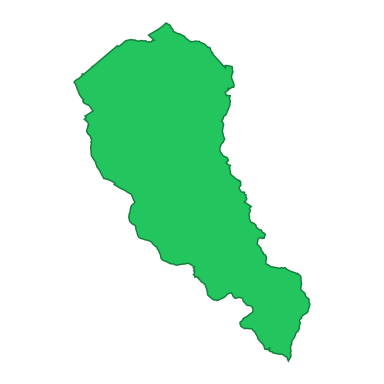 the district of Romos, Hunedoara, Romania
{"feature_id": "2599482B98815243536941", "entity_name": "Romos", "entity_type": "district", "adm_level": 2, "iso_a3": "ROU", "parent_name": "Romania", "parent_adm1": "Hunedoara", "projection": "robinson", "projection_center": [23.317, 45.815], "detail": "fine", "context": "isolated", "style": "filled", "palette": "green", "viewbox_px": 384, "rotation_deg": 0, "n_neighbors": 0, "source": "geoboundaries", "source_scale": "gbopen_adm2", "svg_char_len": 5949}
<svg xmlns="http://www.w3.org/2000/svg" viewBox="0 0 384 384"><path d="M135.5,226.0L136.1,229.9L137.0,232.2L137.5,234.4L138.6,237.0L139.5,237.8L141.2,238.6L142.8,238.8L144.5,239.6L148.8,240.6L151.7,242.1L152.3,243.4L154.8,245.8L156.8,247.2L157.2,247.8L157.2,248.8L158.6,250.4L159.2,251.6L159.3,252.7L159.9,253.5L160.4,254.6L161.0,258.1L161.6,259.0L163.1,260.4L166.4,261.6L170.2,263.6L173.4,264.0L176.3,265.2L182.7,264.1L185.8,263.8L187.2,263.1L190.3,264.1L191.4,265.1L194.3,266.7L193.3,267.6L193.5,268.0L194.1,268.2L194.1,268.8L194.5,269.6L194.6,270.4L194.0,270.3L193.7,270.8L194.3,271.3L194.6,272.3L194.4,272.7L194.4,273.9L194.1,274.2L193.4,274.4L193.4,274.5L194.5,275.7L194.9,277.2L195.4,277.2L196.1,276.7L196.8,277.0L197.3,276.8L198.0,277.2L198.6,277.6L198.2,278.1L198.3,278.6L199.4,279.4L201.4,281.9L202.9,282.7L204.4,284.1L204.9,284.3L206.9,289.6L207.0,291.0L207.5,292.1L207.4,293.8L207.8,294.9L208.5,295.7L212.4,299.1L214.1,300.0L215.6,300.0L217.2,300.6L224.2,297.3L225.2,296.6L227.3,294.2L230.4,292.9L231.2,293.1L231.7,293.5L232.6,294.8L233.0,296.1L235.1,298.3L239.3,297.4L241.8,298.0L242.3,298.4L242.9,299.1L242.9,300.1L243.6,301.7L245.7,303.5L246.1,304.5L247.3,305.3L250.5,305.8L251.3,306.1L252.4,307.6L253.1,310.0L252.8,311.6L252.4,312.3L251.2,313.3L249.4,314.4L247.2,316.3L243.8,318.1L241.5,321.2L240.0,322.3L240.0,323.5L240.7,325.9L241.9,327.0L244.4,328.5L247.4,328.4L252.2,329.0L253.2,330.6L255.3,332.4L255.6,333.7L257.1,335.9L258.2,339.2L263.5,344.9L265.0,349.3L265.8,349.1L266.3,349.4L267.7,349.5L268.5,348.6L269.9,347.8L270.0,348.1L269.0,350.4L270.0,351.5L270.8,351.3L271.6,351.8L272.3,351.9L273.2,353.0L279.6,354.2L281.5,354.1L284.2,355.4L284.9,356.1L287.2,357.4L287.6,359.2L288.4,361.0L290.1,358.0L290.8,356.6L290.9,355.1L290.5,352.5L291.0,350.7L290.4,346.9L291.6,344.3L292.0,340.5L293.8,338.4L294.6,337.1L295.5,334.3L296.2,332.8L297.9,331.2L299.1,329.2L299.3,327.8L299.4,325.4L300.2,323.6L300.2,322.9L299.4,320.8L299.6,319.8L300.2,319.1L301.4,318.5L301.5,316.8L302.7,315.5L306.7,313.0L307.8,311.8L308.7,308.4L309.8,304.9L309.7,303.6L308.9,302.2L309.1,299.5L308.3,298.4L307.0,297.8L306.2,297.0L305.6,296.1L304.8,293.1L301.9,290.8L300.9,289.5L300.6,288.6L300.7,287.9L301.6,283.8L301.1,281.4L300.9,277.0L300.3,275.8L297.6,273.5L297.3,274.0L295.7,273.0L290.6,271.3L287.0,269.4L285.2,267.6L283.9,267.8L283.1,268.2L282.4,268.1L281.6,267.6L279.6,268.2L278.5,268.2L275.1,267.4L271.5,266.8L269.3,265.8L267.9,264.6L265.8,263.8L265.8,261.3L266.3,259.7L266.5,258.0L266.0,256.3L265.2,254.8L263.6,254.3L263.1,252.7L260.8,249.4L261.0,248.5L260.7,247.8L259.6,246.8L258.9,245.8L257.6,244.7L257.2,243.8L257.3,242.8L257.7,241.5L257.7,240.3L258.4,238.7L259.4,238.0L260.3,237.7L262.7,238.5L263.8,238.2L264.2,238.0L264.3,236.9L265.3,234.8L264.6,233.5L262.1,231.9L261.2,230.1L258.7,229.3L256.8,227.6L256.1,226.7L256.0,225.5L255.7,224.8L253.1,222.9L251.2,222.4L250.5,221.7L250.0,220.1L249.5,219.0L249.4,216.0L248.7,214.6L249.1,213.2L249.7,212.5L249.9,211.4L250.5,210.4L249.5,208.8L249.5,208.4L251.2,206.5L246.3,203.2L244.3,202.2L244.3,201.9L245.8,200.8L246.8,198.7L245.9,197.4L245.8,196.8L246.1,195.0L245.1,194.7L244.5,194.1L244.6,192.4L243.8,192.0L243.1,192.3L242.3,192.2L241.4,191.7L240.2,190.4L239.0,187.8L239.0,187.5L240.6,185.6L240.7,182.3L240.1,181.5L239.5,181.3L239.9,181.0L238.5,180.3L238.6,180.2L236.9,179.7L236.3,178.9L234.7,178.0L234.0,177.0L232.2,175.7L230.5,174.1L230.6,172.5L229.9,170.2L229.9,168.2L229.4,168.1L229.7,166.8L230.4,165.3L229.4,165.1L229.2,165.3L228.1,164.8L227.2,163.5L226.3,163.4L226.1,163.1L226.1,162.8L226.6,162.0L228.1,160.8L227.8,160.5L228.4,160.1L228.4,159.9L227.5,158.7L227.4,158.0L227.1,157.6L224.5,156.5L222.8,155.5L220.0,150.9L219.8,147.5L220.6,146.1L221.1,144.4L223.2,142.1L224.7,138.8L223.6,136.7L222.4,131.2L223.0,126.9L223.7,124.6L222.9,122.6L222.2,121.6L221.4,121.1L223.2,118.7L223.2,117.9L224.1,116.0L225.5,115.2L226.4,113.8L229.8,105.5L230.2,100.3L229.5,98.4L229.4,97.5L230.0,96.8L230.2,95.6L226.5,95.5L225.2,92.4L228.5,89.9L228.8,89.3L227.8,88.9L228.2,88.1L229.9,88.7L232.0,87.1L233.6,87.4L234.1,85.9L233.8,83.8L231.7,78.3L231.5,76.7L232.1,73.5L232.9,72.4L232.4,69.7L232.2,66.8L230.9,66.3L227.3,65.6L225.1,65.5L224.9,66.0L225.0,66.6L226.0,68.7L212.5,53.8L212.2,53.3L212.6,53.0L212.3,52.8L210.6,50.2L210.4,49.3L210.3,48.5L209.8,47.6L209.4,47.4L208.2,47.4L206.5,46.0L204.9,44.3L200.1,42.2L199.3,41.4L198.3,41.3L197.1,41.5L195.9,41.0L193.5,41.6L191.1,41.6L190.7,41.9L185.8,38.2L184.5,36.4L179.9,34.0L177.5,33.6L176.0,32.7L175.9,32.4L175.3,32.4L173.3,31.4L172.9,29.6L172.3,28.7L171.2,27.9L170.6,26.0L170.0,25.2L166.0,23.0L162.7,26.2L158.9,28.9L148.6,35.1L154.2,40.3L152.2,40.5L151.7,41.6L150.4,41.9L149.5,41.7L148.5,42.3L146.7,41.6L146.1,41.0L145.3,40.8L143.7,40.9L140.7,40.5L138.4,41.3L135.3,40.2L130.8,39.6L125.8,40.7L119.1,46.4L118.6,46.5L117.5,45.6L93.0,66.4L92.1,66.5L92.1,67.2L84.4,73.8L83.7,74.2L82.7,73.9L82.1,74.2L82.8,75.0L78.1,79.2L76.9,79.4L76.0,80.2L74.4,81.5L74.2,82.3L74.2,82.6L75.2,83.4L79.6,94.8L80.8,96.4L81.4,97.6L82.7,98.6L83.5,99.6L83.7,100.0L82.8,100.3L83.2,102.1L84.5,103.4L89.4,105.6L93.0,111.1L85.0,116.1L86.3,117.6L84.3,119.3L87.4,121.9L88.6,124.1L88.6,125.0L88.4,125.0L87.9,125.4L88.2,125.8L86.8,130.1L86.7,131.0L87.0,132.3L87.8,133.6L90.6,136.6L90.8,138.1L91.3,138.4L91.4,139.5L91.6,139.6L91.4,140.6L91.5,141.4L91.0,142.2L91.3,143.0L91.4,144.2L90.8,145.6L91.0,146.3L90.6,147.4L90.9,148.7L91.3,155.0L91.5,155.8L92.7,157.6L93.0,158.4L93.9,159.4L94.1,160.0L95.3,161.6L95.8,162.6L95.9,163.9L96.4,164.7L96.4,165.3L96.9,166.1L96.9,166.8L97.3,167.1L97.5,167.8L98.7,169.1L100.2,171.3L100.3,172.0L103.2,177.3L103.6,178.3L109.0,179.8L113.4,182.0L114.9,182.9L114.1,184.6L114.9,184.9L120.9,188.6L125.0,190.4L127.6,192.3L131.3,194.2L133.5,199.6L134.9,202.1L134.1,203.2L131.5,205.6L131.2,206.1L130.5,208.4L130.3,209.7L130.3,211.6L129.3,213.7L128.9,216.3L128.8,217.8L129.3,218.9L129.3,220.0L130.1,221.7L132.3,224.0L134.1,224.8L135.5,226.0Z" fill="#22c55e" stroke="#15803d" stroke-width="1.5"/></svg>